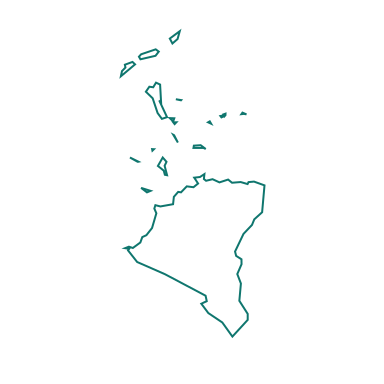 Alluhayah, Al Hudaydah, Yemen, rotated 60°
{"feature_id": "15242507B84016376764538", "entity_name": "Alluhayah", "entity_type": "district", "adm_level": 2, "iso_a3": "YEM", "parent_name": "Yemen", "parent_adm1": "Al Hudaydah", "projection": "orthographic", "projection_center": [42.589, 15.671], "detail": "medium", "context": "isolated", "style": "outline", "palette": "teal", "viewbox_px": 384, "rotation_deg": 60, "n_neighbors": 0, "source": "geoboundaries", "source_scale": "gbopen_adm2", "svg_char_len": 1954}
<svg xmlns="http://www.w3.org/2000/svg" viewBox="0 0 384 384"><g transform="rotate(60 192 192)"><path d="M222.5,125.9L214.0,133.1L211.7,138.1L212.9,139.9L207.7,144.9L204.0,152.7L199.3,154.5L197.4,163.4L191.2,167.8L189.3,174.2L186.7,175.2L182.7,172.3L183.0,177.6L180.7,182.9L187.7,182.5L188.6,188.3L184.5,193.7L186.8,201.7L185.0,203.9L187.1,210.1L193.1,214.5L188.7,226.6L185.1,230.3L187.5,232.9L192.6,233.5L203.2,244.6L206.6,253.1L206.2,257.6L209.9,262.0L210.9,271.2L207.8,274.0L207.2,278.0L209.8,274.9L210.6,276.6L225.2,274.5L249.7,256.5L288.6,232.1L293.9,233.8L293.4,239.8L305.0,238.4L320.1,231.0L337.4,229.3L330.6,207.7L325.4,204.7L309.9,205.4L295.7,195.4L285.7,193.8L279.3,185.2L275.0,182.8L269.4,185.7L265.1,184.5L254.0,168.3L250.5,156.5L246.8,151.7L244.6,141.4L222.5,125.9ZM83.0,165.9L79.3,168.5L81.9,173.2L79.5,176.3L82.1,181.8L91.2,179.2L106.4,182.3L113.6,181.5L114.7,176.2L96.3,174.6L99.0,174.0L83.0,165.9ZM51.3,170.3L55.8,155.5L53.8,150.6L50.3,152.1L47.3,167.2L48.3,170.3L51.3,170.3ZM153.1,199.0L147.5,200.1L152.4,208.5L159.4,205.8L163.5,206.9L165.0,205.2L155.6,202.6L153.1,199.0ZM53.0,177.5L49.6,178.5L48.2,186.5L50.9,187.4L52.3,192.2L56.2,195.7L53.0,177.5ZM53.6,134.7L52.3,128.0L46.6,122.2L48.0,134.5L53.6,134.7ZM154.6,168.7L159.5,160.1L161.6,158.6L155.8,161.1L152.8,167.2L154.6,168.7ZM163.0,234.0L169.8,231.2L170.3,227.3L163.0,234.0ZM116.9,174.3L121.5,173.0L119.3,170.5L116.9,174.3ZM142.1,179.5L133.9,179.1L133.1,179.6L142.1,179.5ZM131.1,228.5L138.3,224.2L138.7,223.9L138.9,223.5L139.0,223.2L131.1,228.5ZM103.6,159.6L107.1,155.7L107.0,155.4L103.6,159.6ZM149.3,110.3L150.3,108.0L152.0,106.0L148.5,108.6L149.3,110.3ZM122.3,173.4L124.5,173.1L123.8,170.7L122.3,173.4ZM139.7,143.2L142.4,141.3L139.7,141.3L139.7,143.2ZM142.3,127.4L140.9,127.9L140.4,129.4L142.1,129.2L142.3,127.4ZM142.7,126.2L142.2,124.6L140.9,123.8L140.5,126.1L142.7,126.2ZM136.4,205.6L135.9,203.6L134.9,205.1L136.4,205.6Z" fill="none" stroke="#0f766e" stroke-width="2"/></g></svg>